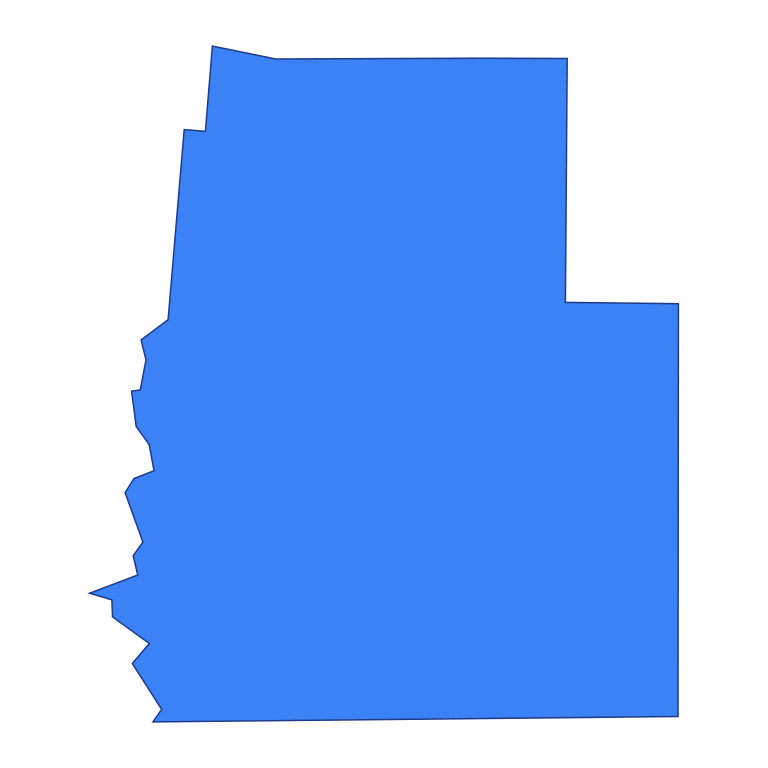 Real, Texas, United States of America (Mercator projection)
{"feature_id": "52423323B52683952870677", "entity_name": "Real", "entity_type": "district", "adm_level": 2, "iso_a3": "USA", "parent_name": "United States of America", "parent_adm1": "Texas", "projection": "mercator", "projection_center": [-99.949, 29.853], "detail": "fine", "context": "isolated", "style": "filled", "palette": "blue", "viewbox_px": 768, "rotation_deg": 0, "n_neighbors": 0, "source": "geoboundaries", "source_scale": "gbopen_adm2", "svg_char_len": 486}
<svg xmlns="http://www.w3.org/2000/svg" viewBox="0 0 768 768"><path d="M480.6,58.2L275.7,59.0L212.4,46.1L205.4,131.3L184.2,129.6L168.1,319.7L141.1,339.9L146.0,359.8L140.3,389.9L131.6,391.2L136.2,426.5L149.2,444.6L154.0,470.7L134.0,478.5L125.1,492.7L142.9,542.1L133.2,555.8L137.7,575.0L89.6,593.2L111.9,599.9L112.5,616.9L149.3,643.5L132.3,663.5L161.7,709.4L152.9,721.9L678.0,716.5L678.4,303.7L565.4,302.4L567.2,58.5L480.6,58.2Z" fill="#3b82f6" stroke="#1e3a8a" stroke-width="1.5"/></svg>